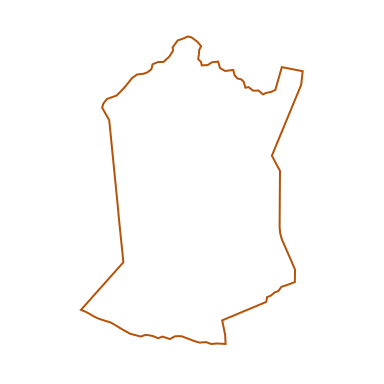 outline of São Fernando, Rio Grande do Norte, Brazil, rotated 353°
{"feature_id": "56859067B56455685528650", "entity_name": "São Fernando", "entity_type": "district", "adm_level": 2, "iso_a3": "BRA", "parent_name": "Brazil", "parent_adm1": "Rio Grande do Norte", "projection": "albers", "projection_center": [-37.147, -6.315], "detail": "fine", "context": "isolated", "style": "outline", "palette": "amber", "viewbox_px": 384, "rotation_deg": 353, "n_neighbors": 0, "source": "geoboundaries", "source_scale": "gbopen_adm2", "svg_char_len": 1301}
<svg xmlns="http://www.w3.org/2000/svg" viewBox="0 0 384 384"><g transform="rotate(353 192 192)"><path d="M316.6,85.6L296.4,79.0L287.1,100.9L282.6,102.3L277.5,102.7L274.4,103.8L270.4,99.4L265.0,98.9L261.0,94.8L257.7,95.0L256.7,88.8L254.4,86.1L250.8,84.8L248.5,81.2L247.8,75.9L239.6,75.9L234.9,72.4L233.8,65.8L227.5,65.7L223.1,67.9L217.1,67.5L216.8,64.1L214.3,60.7L215.5,56.7L216.4,52.0L218.8,48.4L215.7,43.6L210.4,38.5L206.8,37.1L201.8,38.7L196.3,39.8L190.5,46.0L190.3,49.6L186.0,54.8L179.6,59.4L173.9,58.9L168.4,60.4L166.6,65.3L162.0,67.9L158.5,68.7L151.7,68.7L146.3,71.7L138.1,79.7L132.5,84.3L128.8,87.1L118.9,89.3L114.8,93.4L113.1,97.4L118.6,110.7L117.8,144.8L116.6,196.7L116.2,210.2L115.5,245.7L115.3,253.4L67.4,295.5L71.5,297.7L74.4,299.7L79.8,303.8L83.6,306.2L87.8,308.2L95.6,311.7L105.2,319.2L113.2,325.1L123.5,329.2L128.8,328.1L135.4,330.1L140.5,333.0L145.1,331.9L148.7,333.6L152.1,335.3L157.2,333.2L161.0,333.4L164.3,334.0L176.7,340.5L181.2,342.4L187.6,342.7L192.5,345.2L198.4,345.4L206.8,346.9L207.5,337.8L206.3,323.1L252.3,310.1L253.7,305.5L257.5,304.5L261.7,301.8L265.7,300.8L269.2,297.0L275.9,295.7L283.1,293.9L284.8,281.7L281.8,271.3L275.4,249.9L274.5,243.7L274.7,237.2L281.9,181.8L275.7,165.7L310.4,104.3L313.4,99.0L316.6,85.6Z" fill="none" stroke="#b45309" stroke-width="2"/></g></svg>